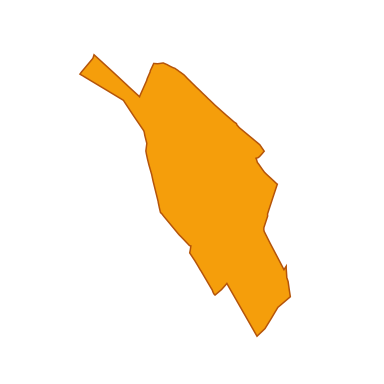 outline of Varakļāni, Varaklanu, Latvia, rotated 78°
{"feature_id": "27541924B76444733337107", "entity_name": "Varakļāni", "entity_type": "district", "adm_level": 2, "iso_a3": "LVA", "parent_name": "Latvia", "parent_adm1": "Varaklanu", "projection": "natural_earth1", "projection_center": [26.753, 56.603], "detail": "fine", "context": "isolated", "style": "filled", "palette": "amber", "viewbox_px": 384, "rotation_deg": 78, "n_neighbors": 0, "source": "geoboundaries", "source_scale": "gbopen_adm2", "svg_char_len": 2332}
<svg xmlns="http://www.w3.org/2000/svg" viewBox="0 0 384 384"><g transform="rotate(78 192 192)"><path d="M284.2,115.3L287.1,118.2L277.7,120.8L274.5,121.7L258.2,126.3L245.6,129.6L243.8,129.6L241.8,129.1L231.3,123.0L229.2,122.7L226.8,121.3L224.3,119.9L224.2,119.8L224.0,119.7L213.5,113.6L203.1,107.5L202.9,107.4L202.4,107.1L202.1,106.9L201.3,107.6L196.4,111.0L191.5,114.5L189.6,115.8L187.6,117.1L184.5,118.5L181.4,119.8L179.0,120.8L176.7,121.9L176.0,122.0L175.4,122.0L174.6,122.1L173.8,122.1L172.3,122.4L172.2,120.3L171.4,118.6L170.6,117.5L169.6,116.1L167.1,112.9L159.8,115.9L139.0,132.3L137.8,133.0L136.5,133.7L136.2,133.9L135.8,134.1L134.3,134.3L132.1,136.4L130.9,137.3L130.1,137.9L126.4,140.7L125.9,141.1L123.4,143.0L113.2,150.5L111.7,151.6L106.0,155.4L104.2,156.7L102.2,158.0L101.9,158.2L101.7,158.3L98.5,160.5L97.2,161.4L95.9,162.2L95.8,162.3L95.3,162.6L93.4,163.9L91.8,165.0L90.4,166.0L88.7,167.1L84.5,169.9L83.5,170.5L80.1,172.8L76.2,175.2L76.1,175.3L75.5,175.7L74.2,176.9L72.8,178.1L71.5,179.4L69.8,180.8L68.6,182.0L67.7,182.8L67.4,183.1L66.8,184.2L65.7,185.7L64.2,187.6L63.0,189.0L62.1,190.0L61.8,190.5L59.8,193.3L59.6,196.5L59.4,199.0L58.3,202.7L64.0,207.0L64.6,207.5L65.7,207.9L66.0,208.1L71.6,212.1L73.9,213.4L78.3,216.6L87.5,223.3L87.9,223.5L75.8,232.1L65.6,239.2L59.9,243.2L44.2,254.4L37.4,259.3L39.9,260.7L40.5,261.1L41.0,261.6L44.7,266.3L51.5,275.0L53.4,277.1L53.8,276.7L70.4,258.9L74.2,254.8L87.7,240.4L88.3,239.9L89.5,239.5L100.2,235.3L103.8,233.9L108.5,232.0L113.1,230.1L121.7,226.6L122.4,226.4L123.2,226.3L124.0,226.3L126.7,226.4L132.1,226.2L135.1,226.1L142.3,228.6L145.3,228.7L145.6,228.7L146.0,228.7L146.3,228.7L146.5,228.7L146.8,228.7L147.0,228.7L150.4,228.7L156.4,228.5L166.5,227.8L173.4,227.8L194.2,227.1L195.4,227.2L201.5,227.2L205.4,227.1L206.2,226.7L206.5,226.3L210.2,224.5L230.1,214.1L230.4,213.9L230.7,213.7L230.9,213.7L233.8,211.8L243.9,205.6L244.5,204.3L248.5,205.8L251.1,206.9L260.1,203.4L265.0,201.7L269.9,200.1L270.5,199.8L290.3,193.2L291.0,193.0L291.4,192.7L294.1,192.3L295.4,192.0L296.6,191.6L297.6,190.9L297.5,190.7L293.6,183.4L290.2,178.8L288.7,176.9L292.9,175.6L321.6,166.4L346.6,158.4L340.8,149.0L332.0,140.6L322.7,132.0L314.9,117.6L308.0,117.2L299.5,116.6L295.4,117.1L294.3,116.9L293.7,116.8L287.4,115.9L286.6,115.8L284.2,115.3Z" fill="#f59e0b" stroke="#b45309" stroke-width="1.5"/></g></svg>